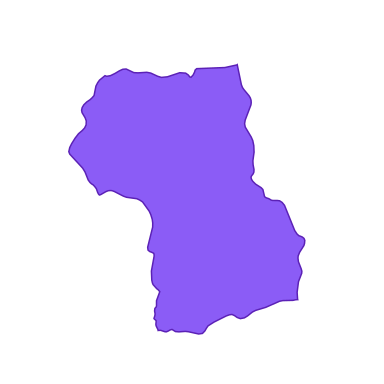 outline of Libertador General Bernardo O'Higgins, rotated 245°
{"feature_id": "CHL-2703", "entity_name": "Libertador General Bernardo O'Higgins", "entity_type": "Region", "adm_level": 1, "iso_a3": "CHL", "parent_name": "Chile", "parent_adm1": "", "projection": "orthographic", "projection_center": [-71.138, -34.463], "detail": "fine", "context": "isolated", "style": "filled", "palette": "violet", "viewbox_px": 384, "rotation_deg": 245, "n_neighbors": 0, "source": "natural_earth", "source_scale": "10m", "svg_char_len": 2500}
<svg xmlns="http://www.w3.org/2000/svg" viewBox="0 0 384 384"><g transform="rotate(245 192 192)"><path d="M334.2,162.3L332.9,163.6L331.9,167.3L332.0,172.4L332.5,177.3L332.5,181.1L331.3,184.3L324.8,189.7L322.8,193.4L319.6,201.6L317.2,204.9L311.4,209.8L308.8,212.7L306.8,218.4L305.3,231.3L302.4,236.5L299.6,238.1L297.3,238.6L296.4,239.6L297.6,242.5L299.6,245.0L301.2,246.4L301.8,248.4L290.9,274.4L288.2,286.4L288.3,286.8L268.4,282.1L265.4,281.9L263.0,282.3L254.9,284.4L252.6,284.6L250.2,284.3L247.9,283.4L246.6,282.6L245.9,282.1L234.7,270.6L231.6,268.5L228.3,267.7L216.7,268.9L212.9,268.8L207.9,267.6L201.9,265.1L194.6,260.4L190.9,258.9L186.2,257.7L183.9,256.5L182.6,255.1L181.6,253.1L181.0,252.2L180.3,251.7L178.5,251.3L176.0,251.6L172.2,253.0L166.7,256.5L164.3,257.3L157.1,255.8L155.5,256.7L153.5,258.8L152.5,259.5L151.1,260.4L150.2,261.6L148.2,265.8L147.0,267.7L144.4,269.3L140.8,270.2L113.7,268.8L109.7,269.4L107.2,270.4L106.0,271.7L104.5,273.0L102.6,273.9L100.5,273.8L97.9,272.3L96.2,270.8L91.9,264.1L89.2,261.2L87.3,260.1L83.8,259.0L76.3,258.5L73.8,258.1L72.0,257.1L65.7,250.6L56.7,244.9L50.0,242.3L49.8,242.3L50.5,240.5L51.1,237.8L55.2,228.4L56.0,225.1L56.3,210.1L57.8,199.7L57.7,196.1L56.2,189.9L55.8,186.3L56.8,182.3L59.2,179.9L62.0,178.3L64.1,176.5L64.9,174.0L65.2,170.6L64.8,157.0L63.9,150.0L62.5,147.6L60.6,144.9L59.4,141.7L60.5,138.0L66.8,129.8L68.5,127.0L70.8,121.0L72.5,118.0L75.9,115.8L76.2,113.8L76.0,111.5L76.1,109.7L76.8,108.4L79.9,105.1L80.8,102.9L80.9,103.0L85.3,102.9L86.7,103.1L87.8,103.6L89.5,104.6L90.6,105.1L91.9,104.6L92.7,104.2L93.5,104.1L95.2,105.7L96.2,106.5L97.6,107.2L100.0,107.8L102.2,109.2L103.0,111.0L103.8,111.7L108.5,113.9L115.3,120.7L118.0,119.9L119.2,119.2L124.5,117.6L126.4,117.7L129.1,118.3L137.5,121.8L149.5,130.3L151.0,131.1L152.6,131.4L154.4,130.0L155.9,128.5L157.9,127.6L160.7,128.5L176.8,141.5L180.5,143.3L184.0,144.4L189.0,145.1L192.8,145.1L203.9,143.0L206.8,141.2L209.2,139.2L214.9,130.4L217.2,128.1L225.3,121.8L227.0,120.1L227.9,118.5L228.6,116.5L228.7,114.2L228.7,113.9L228.2,108.0L228.4,106.8L229.6,106.4L231.4,106.3L235.4,106.7L238.2,106.1L240.3,105.4L241.8,104.4L243.7,103.6L246.7,103.0L255.2,103.5L259.8,103.0L278.0,97.2L280.6,97.4L284.0,100.0L286.7,103.4L290.2,108.8L292.8,113.8L294.1,118.5L295.4,121.7L297.6,124.4L301.1,126.2L304.4,126.5L310.4,125.9L312.8,126.5L315.0,128.2L316.8,130.9L318.1,134.7L318.7,138.4L319.5,141.0L320.8,144.0L328.6,149.7L330.9,152.7L332.5,155.5L334.2,162.3Z" fill="#8b5cf6" stroke="#5b21b6" stroke-width="1.5"/></g></svg>